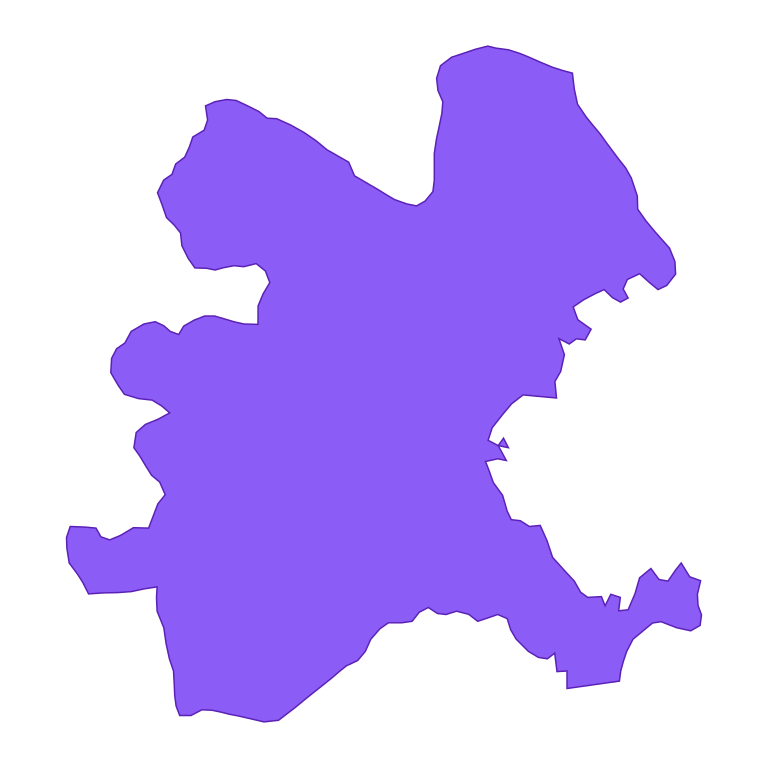 Guaramirim, Santa Catarina, Brazil
{"feature_id": "56859067B39678699767492", "entity_name": "Guaramirim", "entity_type": "district", "adm_level": 2, "iso_a3": "BRA", "parent_name": "Brazil", "parent_adm1": "Santa Catarina", "projection": "robinson", "projection_center": [-48.939, -26.473], "detail": "fine", "context": "isolated", "style": "filled", "palette": "violet", "viewbox_px": 768, "rotation_deg": 0, "n_neighbors": 0, "source": "geoboundaries", "source_scale": "gbopen_adm2", "svg_char_len": 3419}
<svg xmlns="http://www.w3.org/2000/svg" viewBox="0 0 768 768"><path d="M498.2,445.6L488.1,440.3L492.2,427.7L502.3,414.9L511.6,403.8L523.1,394.9L539.0,396.4L556.5,398.0L554.9,381.5L560.7,371.4L564.4,354.7L558.9,338.6L569.2,344.0L576.4,338.8L585.2,339.9L591.1,329.2L577.8,319.7L573.2,306.9L583.8,299.7L595.1,293.7L604.1,289.6L612.4,297.6L620.5,302.1L628.1,298.0L623.2,289.0L627.3,279.5L639.6,273.7L649.5,282.6L658.0,289.6L666.8,285.4L675.6,274.1L674.9,261.5L669.5,248.1L661.3,238.9L655.0,231.8L645.8,220.7L637.7,209.2L637.3,196.0L631.3,178.0L625.5,167.7L618.8,159.3L611.4,149.4L605.9,142.0L600.6,134.5L592.5,124.8L586.2,117.0L577.5,104.2L574.3,89.0L572.4,73.1L563.0,70.6L552.6,67.3L539.9,62.0L528.1,56.8L520.0,53.5L508.5,49.8L495.9,48.1L487.8,46.1L475.6,49.2L464.7,52.9L451.6,57.2L440.5,65.7L436.6,78.4L438.0,90.6L442.8,101.7L441.9,113.3L438.9,127.7L436.4,139.3L434.3,153.5L434.3,167.9L434.3,180.1L432.9,191.6L425.1,201.1L416.5,205.9L406.3,203.8L394.4,199.5L386.3,194.7L377.1,189.0L369.5,184.6L354.5,175.8L348.7,162.2L336.3,155.1L327.0,149.8L316.0,140.7L303.7,132.3L290.6,125.0L276.7,118.7L267.1,118.2L259.0,111.6L247.7,105.9L236.2,100.5L226.7,99.5L215.0,101.7L205.5,105.9L207.6,120.1L204.1,130.2L192.8,137.0L189.3,147.1L184.7,157.2L175.7,164.0L172.0,174.3L163.7,180.1L157.5,192.7L162.1,204.8L166.5,217.6L174.1,225.0L180.5,232.9L181.9,245.7L188.2,258.4L194.9,267.9L206.8,268.3L215.1,270.0L223.5,267.7L234.0,265.7L243.7,266.7L256.2,263.6L265.4,271.0L269.8,282.6L263.1,293.9L258.1,305.9L258.0,324.4L244.0,324.0L234.5,321.9L225.8,319.3L214.5,316.0L204.7,316.0L194.2,320.1L183.7,326.1L178.7,334.5L170.2,331.4L163.7,325.7L155.2,321.7L143.9,324.0L131.2,331.4L124.9,343.0L116.6,348.7L111.6,358.4L110.8,372.7L118.2,385.4L124.4,394.3L138.5,398.6L152.1,400.1L161.6,405.9L169.7,412.9L157.9,419.3L145.4,424.4L136.2,432.5L133.9,447.7L139.9,456.2L145.7,465.9L151.6,475.3L159.7,482.1L165.2,494.7L157.9,503.8L153.5,515.3L148.6,528.1L133.4,527.7L120.3,535.5L109.6,539.9L100.9,536.8L96.0,528.1L85.4,527.1L70.2,526.5L66.5,537.6L66.9,548.3L69.2,563.0L77.5,574.1L82.8,582.5L88.6,593.9L103.2,592.9L117.7,592.6L131.3,591.6L144.0,588.9L157.1,586.9L156.5,597.6L157.1,611.2L163.8,627.7L166.1,643.6L169.4,658.8L173.5,671.0L174.2,683.2L174.7,695.3L176.1,706.0L179.7,715.5L191.0,715.5L201.9,709.8L211.8,710.2L221.3,712.2L229.6,714.3L238.1,715.9L249.9,718.6L264.0,721.9L278.5,720.3L295.2,707.5L306.2,698.4L314.7,691.6L323.3,684.8L332.0,677.8L339.2,671.6L346.4,665.8L357.7,660.5L365.3,651.4L370.8,639.2L380.0,628.7L388.4,622.8L401.7,622.8L412.1,621.3L419.3,612.2L428.3,607.5L437.5,613.5L446.0,614.5L456.5,611.2L468.7,614.3L477.7,621.3L487.6,618.0L497.7,614.5L507.2,618.6L510.7,629.8L516.2,639.2L528.4,651.4L538.4,657.4L547.4,658.8L554.7,653.1L557.0,671.6L567.0,671.0L567.0,688.5L619.4,681.1L620.8,670.6L623.5,660.9L626.7,651.4L633.0,639.2L643.1,630.8L652.6,623.0L661.1,621.7L676.6,627.7L690.7,630.8L700.1,625.4L701.5,614.9L698.0,605.4L697.4,594.3L700.6,580.7L689.7,576.8L681.2,563.0L675.6,570.0L668.0,581.1L659.0,579.5L650.9,568.5L639.6,577.8L635.0,593.7L628.1,609.8L618.7,610.8L620.3,597.4L610.8,594.3L605.1,605.8L601.4,596.6L587.8,597.4L580.6,592.2L574.3,581.1L566.0,572.2L552.6,557.4L547.1,540.9L540.2,525.4L529.4,526.5L520.3,520.7L511.3,519.7L507.2,511.2L502.6,495.3L493.3,482.6L489.0,470.4L485.5,461.5L497.7,458.8L506.3,460.5L498.2,445.6ZM498.2,445.6L508.4,447.7L503.5,438.2L498.2,445.6Z" fill="#8b5cf6" stroke="#5b21b6" stroke-width="1.5"/></svg>